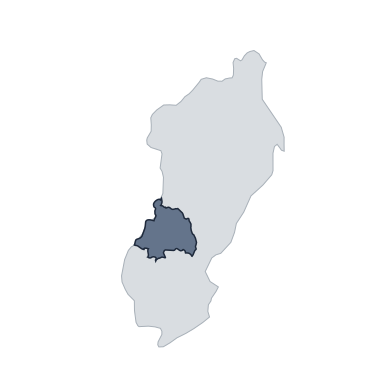 Dibër on a map of Albania (Equal Earth projection), rotated 205°
{"feature_id": "ALB-1526", "entity_name": "Dibër", "entity_type": "County", "adm_level": 1, "iso_a3": "ALB", "parent_name": "Albania", "parent_adm1": "", "projection": "equal_earth", "projection_center": [20.235, 41.61], "detail": "fine", "context": "in_parent", "style": "filled", "palette": "slate", "viewbox_px": 384, "rotation_deg": 205, "n_neighbors": 0, "source": "natural_earth", "source_scale": "10m", "svg_char_len": 3831}
<svg xmlns="http://www.w3.org/2000/svg" viewBox="0 0 384 384"><g transform="rotate(205 192 192)"><path d="M128.0,117.1L128.2,112.0L129.5,104.0L128.8,101.3L129.5,96.7L127.2,90.5L123.3,86.1L127.1,78.3L132.7,68.8L137.8,61.3L144.0,53.5L148.2,46.0L152.6,39.6L156.5,37.6L158.4,39.0L159.4,41.8L159.1,50.1L160.4,53.0L163.0,55.1L168.6,54.1L174.8,52.0L183.1,47.6L184.5,47.9L187.6,50.2L194.0,60.2L198.3,69.1L206.7,72.2L211.4,75.6L217.4,80.9L220.4,86.2L224.5,102.4L225.0,112.2L223.8,116.7L222.8,117.8L219.1,133.8L220.0,142.0L219.9,147.3L216.8,149.5L214.6,152.8L218.1,166.2L217.7,171.9L217.8,178.4L224.1,193.3L227.8,198.0L231.0,200.2L235.3,213.9L237.7,216.3L247.9,215.0L252.9,216.5L254.9,219.8L255.4,222.0L254.7,229.8L257.3,235.7L260.7,241.8L260.7,245.6L258.5,251.7L254.4,258.9L249.0,261.6L243.0,263.9L240.2,269.5L238.7,275.4L236.1,279.8L234.4,284.6L231.9,294.4L231.3,298.0L227.3,301.6L221.0,303.1L215.4,303.4L211.6,305.1L209.7,308.5L206.1,311.2L203.9,312.4L203.9,315.4L206.5,321.6L209.5,326.7L209.6,330.8L208.1,332.0L203.5,331.4L202.5,332.9L202.1,337.5L200.8,341.4L198.9,343.8L195.6,346.4L189.6,345.5L184.0,341.6L181.0,340.4L179.3,340.5L178.9,331.0L176.4,323.6L167.5,305.7L138.5,288.4L131.7,280.6L128.7,274.1L125.7,267.9L128.6,267.7L131.4,269.3L135.0,271.2L136.5,268.1L135.0,261.4L127.6,245.6L127.0,241.3L130.7,228.2L136.9,213.4L136.6,195.6L138.5,182.2L136.4,173.4L135.5,162.8L140.0,148.6L143.8,145.1L146.2,140.6L146.4,125.5L137.8,118.5L128.0,117.1Z" fill="#d9dde1" stroke="#a8b0b8" stroke-width="1"/><path d="M221.8,165.0L221.8,166.6L221.3,168.3L220.5,169.8L219.5,171.0L218.4,171.7L217.3,171.4L217.0,173.4L215.2,170.8L214.8,169.8L214.6,168.4L214.5,167.4L214.7,166.5L214.0,166.6L212.9,167.0L211.9,166.8L210.9,166.5L210.5,166.5L210.2,166.7L209.9,166.9L209.6,167.0L209.3,166.5L208.9,166.5L208.5,166.7L207.7,167.6L207.2,168.1L206.7,168.3L206.0,168.4L204.9,168.3L204.0,168.0L203.3,167.9L202.6,168.0L201.9,168.2L201.4,168.6L200.2,169.5L200.0,169.8L199.7,170.0L199.4,170.1L198.9,170.3L198.6,170.4L198.4,170.5L197.9,171.0L192.0,169.0L190.9,168.2L187.9,165.0L185.7,165.0L185.3,165.6L184.5,166.4L183.9,166.5L183.4,166.2L182.7,165.1L182.2,164.5L180.9,163.7L179.4,162.5L179.2,162.1L179.0,161.7L178.9,161.3L178.5,160.7L178.4,160.4L178.3,160.0L178.1,159.3L176.5,156.9L174.9,155.2L174.0,154.4L173.4,154.1L172.4,154.0L169.4,151.6L166.6,148.2L166.0,145.6L166.0,144.8L165.8,144.1L165.4,143.5L164.2,142.2L164.1,141.8L164.2,141.4L164.4,141.1L164.7,139.8L164.5,135.5L164.8,133.8L165.1,133.8L165.7,134.2L166.6,134.8L168.3,135.2L169.5,135.1L170.9,134.6L172.1,134.0L172.3,134.1L172.8,135.1L173.1,135.4L173.7,135.7L175.3,136.2L175.8,136.0L176.0,135.6L176.0,135.2L176.4,134.7L177.3,134.0L177.8,133.9L178.7,133.9L181.4,134.4L182.1,134.2L182.6,133.8L182.9,133.2L183.2,132.0L183.6,131.6L184.1,131.2L191.7,128.2L192.3,127.2L192.3,126.6L192.3,125.2L191.9,124.5L188.6,121.6L188.4,121.3L188.6,121.0L189.1,120.9L189.9,120.8L190.9,120.6L191.9,120.2L192.6,119.3L193.5,118.3L194.4,117.7L195.7,115.5L195.7,114.1L196.3,114.8L196.3,115.1L196.3,115.4L196.3,115.8L196.3,116.3L196.6,116.8L197.1,117.3L198.0,117.4L199.4,117.1L200.2,116.6L200.9,115.9L201.3,115.2L201.8,114.7L203.0,114.2L204.6,114.3L204.4,114.6L204.9,116.6L207.1,119.8L207.6,121.3L207.5,122.1L209.4,121.8L210.5,121.4L211.3,121.0L211.6,120.5L211.4,120.2L211.2,119.9L211.2,119.6L212.0,119.4L213.6,119.3L218.5,120.2L219.8,120.0L221.1,119.6L221.8,119.6L221.8,120.2L222.4,122.8L222.6,124.2L222.6,124.9L222.1,125.8L220.3,127.5L219.5,128.5L218.9,129.9L218.7,131.0L219.3,138.4L219.7,140.6L221.4,145.4L221.4,146.0L221.4,146.3L221.0,147.3L220.3,148.0L219.3,148.6L218.1,149.1L214.3,149.9L214.6,151.4L214.4,154.2L214.9,155.7L215.8,156.1L216.4,156.7L217.2,158.3L217.4,158.6L217.7,159.4L217.8,161.0L218.0,161.6L218.5,162.1L219.8,162.3L220.4,162.7L221.4,164.0L221.8,165.0Z" fill="#64748b" stroke="#1e293b" stroke-width="1.5"/></g></svg>